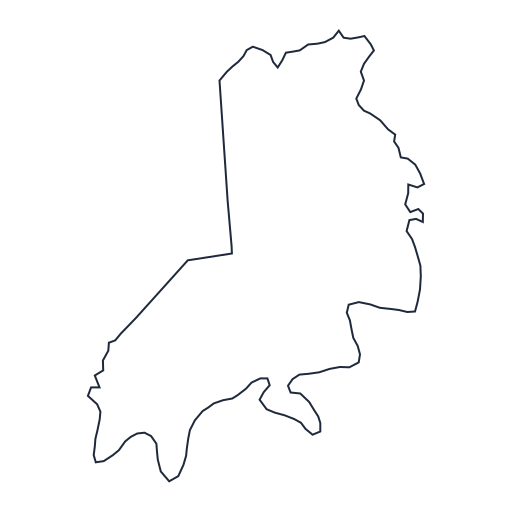 Ipira, Santa Catarina, Brazil (Mercator projection)
{"feature_id": "56859067B94705413324675", "entity_name": "Ipira", "entity_type": "district", "adm_level": 2, "iso_a3": "BRA", "parent_name": "Brazil", "parent_adm1": "Santa Catarina", "projection": "mercator", "projection_center": [-51.796, -27.371], "detail": "fine", "context": "isolated", "style": "outline", "palette": "slate", "viewbox_px": 512, "rotation_deg": 0, "n_neighbors": 0, "source": "geoboundaries", "source_scale": "gbopen_adm2", "svg_char_len": 1980}
<svg xmlns="http://www.w3.org/2000/svg" viewBox="0 0 512 512"><path d="M118.9,450.2L125.1,441.5L130.7,436.9L137.2,433.5L144.5,432.7L151.1,436.1L156.4,443.7L157.0,451.8L157.8,459.7L160.8,471.5L169.2,481.3L178.3,476.1L183.4,465.0L186.1,455.8L186.8,448.7L188.2,438.8L189.9,430.1L194.9,420.3L202.6,411.1L208.0,407.7L213.8,403.4L223.1,400.2L232.3,398.5L237.7,395.1L246.1,388.6L251.5,382.6L260.3,378.4L267.4,378.4L269.7,385.2L263.7,392.2L259.6,399.7L266.6,409.2L274.7,412.6L284.6,415.3L294.3,419.1L301.0,422.8L305.5,428.9L312.6,434.7L320.3,431.5L320.3,423.0L318.2,416.4L314.5,410.7L309.1,401.9L300.3,393.5L290.6,392.5L288.0,385.7L292.6,379.1L299.4,374.6L308.5,373.8L319.2,372.3L329.6,368.9L339.9,367.0L349.3,367.3L358.7,362.4L360.0,354.4L357.7,345.9L353.3,337.9L351.6,329.7L349.9,320.4L346.8,312.7L348.7,304.7L358.8,302.1L370.2,304.4L379.9,307.8L391.1,309.0L398.9,310.0L407.3,312.0L415.0,311.5L417.6,301.8L420.0,289.5L420.8,276.2L420.4,265.7L417.8,256.5L415.0,247.0L412.0,239.0L406.6,231.1L409.4,220.1L416.1,218.9L422.8,222.0L423.0,213.6L418.3,209.0L410.3,212.1L405.2,204.4L408.2,193.2L408.3,184.5L417.4,187.4L424.1,184.0L420.1,173.4L415.3,164.7L407.7,158.6L400.8,157.4L398.5,147.9L394.1,141.4L395.2,134.6L388.0,129.3L380.2,120.3L370.2,113.5L364.0,110.7L358.8,105.1L356.3,98.6L361.0,89.3L364.0,80.5L360.8,71.7L364.0,63.8L368.9,56.9L373.9,50.5L370.9,44.5L364.4,36.0L357.7,37.5L350.6,38.7L343.6,37.7L338.8,30.7L333.2,37.7L324.9,42.1L317.3,43.7L308.2,44.5L299.7,50.4L293.0,51.6L285.9,52.7L282.2,60.4L277.7,67.5L273.1,61.9L270.6,55.0L262.6,50.1L252.8,46.7L246.7,50.1L243.5,56.1L238.3,61.8L232.7,66.3L226.9,71.7L219.5,80.5L227.6,200.4L231.6,246.3L231.9,253.5L195.1,259.2L187.8,260.3L135.9,318.0L120.8,333.6L115.2,340.4L108.9,342.7L108.3,350.7L102.9,360.5L103.2,370.4L94.8,375.5L99.5,387.4L91.1,387.4L87.9,395.9L97.1,404.2L100.4,411.6L99.7,419.4L97.4,430.5L95.4,438.8L94.8,446.5L93.7,455.1L95.8,462.3L103.8,461.1L112.9,455.1L118.9,450.2Z" fill="none" stroke="#1e293b" stroke-width="2"/></svg>